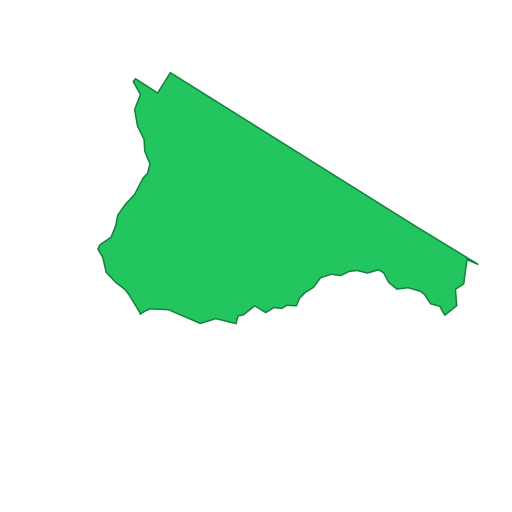 Franklin, Washington, United States of America, rotated 32°
{"feature_id": "52423323B26709103627724", "entity_name": "Franklin", "entity_type": "district", "adm_level": 2, "iso_a3": "USA", "parent_name": "United States of America", "parent_adm1": "Washington", "projection": "equal_earth", "projection_center": [-118.831, 46.466], "detail": "fine", "context": "isolated", "style": "filled", "palette": "green", "viewbox_px": 512, "rotation_deg": 32, "n_neighbors": 0, "source": "geoboundaries", "source_scale": "gbopen_adm2", "svg_char_len": 966}
<svg xmlns="http://www.w3.org/2000/svg" viewBox="0 0 512 512"><g transform="rotate(32 256 256)"><path d="M188.6,366.6L191.6,360.6L194.3,356.9L210.2,347.9L244.5,342.7L255.0,330.5L274.9,323.9L272.5,316.3L276.3,312.9L281.4,298.9L294.3,298.8L298.6,290.1L305.6,286.9L308.2,281.5L316.6,276.8L315.3,268.9L317.2,260.5L321.3,252.3L322.3,240.1L329.6,231.5L338.0,227.8L343.5,219.3L349.7,214.6L359.6,211.4L367.4,202.6L373.3,202.7L382.6,208.1L393.1,209.4L401.8,202.3L414.1,198.8L419.4,199.3L429.4,204.0L438.6,201.2L443.6,204.2L447.6,206.0L452.5,191.7L442.8,178.5L446.9,169.5L436.9,147.3L449.1,145.4L376.0,146.2L86.2,145.9L86.2,169.9L59.9,169.5L59.5,173.2L72.4,180.2L75.5,196.2L86.6,208.5L99.3,216.4L106.0,226.0L117.4,234.2L120.2,243.4L118.9,249.8L120.4,268.0L117.9,281.1L117.1,294.6L121.0,304.6L123.1,316.9L117.7,329.3L118.3,333.9L126.8,338.4L137.7,349.3L151.6,352.8L162.6,353.8L168.8,356.1L186.8,365.2L188.6,366.6Z" fill="#22c55e" stroke="#15803d" stroke-width="1.5"/></g></svg>